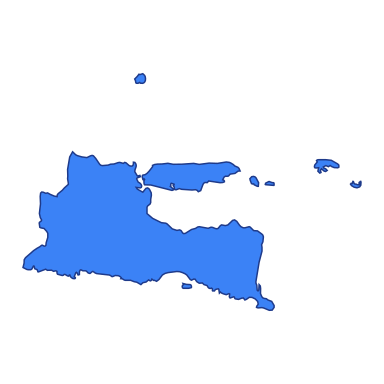 an SVG outline of Jawa Timur
{"feature_id": "IDN-1233", "entity_name": "Jawa Timur", "entity_type": "Province", "adm_level": 1, "iso_a3": "IDN", "parent_name": "Indonesia", "parent_adm1": "", "projection": "robinson", "projection_center": [113.217, -7.252], "detail": "fine", "context": "isolated", "style": "filled", "palette": "blue", "viewbox_px": 384, "rotation_deg": 0, "n_neighbors": 0, "source": "natural_earth", "source_scale": "10m", "svg_char_len": 6009}
<svg xmlns="http://www.w3.org/2000/svg" viewBox="0 0 384 384"><path d="M72.6,151.8L75.6,154.7L77.3,155.6L81.8,156.9L86.9,157.6L90.6,155.8L92.1,155.4L93.4,155.8L95.7,158.4L99.6,164.2L100.7,165.2L102.3,165.6L108.2,165.1L110.5,164.2L114.0,164.0L118.2,162.6L119.8,162.4L123.3,163.4L124.7,162.4L126.0,162.8L129.2,165.6L130.7,166.1L132.0,166.1L133.0,165.3L133.4,163.7L133.4,162.2L134.8,162.4L135.7,163.6L136.2,165.1L136.1,166.7L135.0,169.8L134.8,171.7L137.2,175.7L137.9,176.0L139.9,175.4L140.4,176.7L137.2,177.9L136.7,178.6L136.9,179.5L138.2,182.1L139.9,183.1L141.1,184.4L141.7,186.0L141.3,187.4L140.3,187.9L136.2,187.4L137.3,189.1L142.8,192.2L145.9,188.4L147.4,187.9L148.5,188.4L149.5,189.4L151.2,192.8L151.4,195.2L150.7,199.4L150.7,202.5L150.1,204.0L147.6,206.0L147.0,207.3L147.0,213.6L152.7,218.4L161.4,222.7L165.8,223.2L167.1,223.9L172.3,228.9L176.9,230.4L179.7,229.9L181.1,230.6L182.7,233.0L183.7,233.6L185.3,233.4L191.5,229.5L195.5,228.4L197.7,227.0L199.3,226.7L208.2,228.3L211.0,227.2L212.6,227.4L215.3,228.5L216.9,228.8L218.1,228.4L220.4,225.6L221.6,224.9L225.3,225.6L227.8,225.0L232.6,220.4L234.6,219.9L236.8,221.4L239.5,225.2L241.1,226.8L243.3,227.8L244.9,227.8L249.2,226.7L250.2,227.1L253.7,230.6L257.5,230.9L261.9,234.1L262.9,235.2L263.4,236.9L262.9,241.8L261.6,244.7L262.0,247.4L262.0,251.1L259.1,262.2L255.9,281.7L256.0,283.3L256.8,285.1L257.2,290.2L258.0,290.9L258.8,290.0L259.1,284.6L260.3,286.0L260.6,288.5L260.5,293.6L261.8,296.7L262.9,297.9L264.1,298.4L266.3,298.7L268.0,300.0L271.7,301.4L274.1,305.5L274.1,307.4L272.2,310.1L269.3,310.3L263.4,307.9L261.8,307.6L258.0,307.9L256.5,307.4L256.7,306.3L258.2,304.2L257.7,301.5L255.3,299.0L252.1,297.4L249.3,297.3L246.5,299.3L244.9,300.0L243.4,298.0L241.6,298.2L238.6,299.4L235.5,298.9L234.9,298.6L234.3,297.1L233.7,296.8L230.1,298.0L229.3,296.8L229.7,294.0L229.0,293.6L226.2,294.7L223.3,293.8L221.5,293.0L220.4,292.0L219.4,293.1L218.8,289.3L218.3,288.8L216.0,289.3L215.1,289.9L214.5,290.9L212.6,290.9L212.4,290.6L212.4,288.8L211.5,288.1L210.3,288.5L209.2,288.3L208.2,287.5L207.0,285.5L204.0,284.6L202.4,283.0L199.2,283.2L196.7,281.6L195.1,279.2L193.7,279.1L191.5,280.2L190.2,279.5L186.9,275.1L185.3,273.9L182.5,272.6L179.7,271.7L176.8,271.5L168.1,272.6L165.1,273.4L162.4,275.0L159.0,279.5L156.6,281.3L154.4,280.3L153.5,280.4L151.9,279.1L151.4,280.2L150.9,280.7L150.2,280.9L148.6,279.9L146.1,282.0L142.9,282.7L140.9,284.6L136.8,282.2L134.2,281.7L130.6,280.3L125.2,280.3L124.2,280.0L122.3,278.8L120.8,278.7L121.3,277.7L120.0,276.5L118.4,275.7L115.2,275.5L112.6,276.6L111.7,276.5L110.5,275.5L109.3,275.0L96.7,273.6L95.2,273.0L93.1,271.5L92.4,271.5L90.1,273.4L89.5,273.4L88.1,272.9L86.5,271.2L85.5,270.8L82.9,270.8L80.9,269.8L80.1,270.2L79.4,271.8L79.4,274.6L78.1,275.0L77.0,272.8L76.4,272.3L75.8,272.7L74.2,276.8L75.2,277.4L75.4,277.9L75.1,278.5L74.3,278.7L72.8,278.5L71.5,277.7L70.4,276.6L69.9,275.0L69.4,275.0L68.6,276.1L67.5,275.9L65.2,274.5L64.2,274.4L63.2,275.3L62.2,275.5L57.5,274.2L57.0,273.0L57.0,271.4L55.8,270.8L53.5,271.3L51.6,270.2L47.3,270.3L45.7,269.2L38.5,271.9L37.9,271.8L37.4,270.2L37.0,269.6L34.7,268.7L34.3,266.7L33.9,266.0L33.4,266.1L31.8,269.1L30.8,269.7L28.0,269.7L26.7,269.4L23.0,267.5L24.1,263.1L24.2,259.8L25.5,257.7L33.6,250.6L37.0,248.3L39.9,246.7L41.6,245.3L42.4,245.2L44.1,246.1L44.8,246.2L45.5,245.7L45.9,245.3L46.2,242.6L47.8,237.4L47.8,233.3L46.7,231.4L44.1,228.5L41.0,227.9L39.8,227.3L39.2,223.0L39.5,222.3L41.3,220.9L41.6,220.0L40.3,217.6L39.4,213.5L40.5,203.9L40.2,196.4L40.6,193.1L41.8,192.0L43.5,192.3L45.7,193.3L47.6,192.9L50.1,194.3L54.3,196.1L57.1,196.6L57.2,195.1L58.1,193.7L62.3,190.3L64.4,187.9L68.3,184.4L68.3,183.0L67.6,178.8L67.8,176.1L67.6,169.4L69.7,157.0L72.6,151.8ZM234.7,165.9L237.9,167.3L239.0,168.4L240.1,171.0L238.1,171.1L235.0,173.4L230.2,174.1L228.5,176.0L227.1,176.3L225.4,176.2L224.1,177.1L222.7,179.8L223.8,180.2L224.4,181.0L224.4,181.8L222.8,182.5L220.1,182.7L208.7,181.0L207.3,182.6L204.9,182.5L203.8,183.2L203.0,184.4L200.7,190.6L198.3,191.7L197.1,190.3L195.5,189.7L192.1,190.0L181.6,189.3L179.3,188.6L176.0,189.8L174.6,189.5L174.1,186.8L173.3,185.8L173.2,185.3L174.1,184.8L174.1,184.2L171.6,183.3L171.1,183.4L170.7,184.2L170.8,185.8L170.3,186.3L173.4,189.1L173.2,190.0L172.0,190.4L150.8,185.0L144.6,184.8L144.1,183.9L143.9,181.6L144.1,180.5L144.6,179.4L144.1,178.9L143.5,180.0L142.9,179.6L142.3,177.0L142.4,175.5L142.8,175.1L145.1,174.7L147.1,173.3L149.1,171.2L152.6,166.7L152.5,165.4L154.6,164.5L157.5,164.1L162.0,164.0L167.9,163.3L173.2,164.3L181.9,164.2L193.7,163.4L199.2,164.4L209.1,163.1L217.4,163.4L226.3,162.0L229.4,162.4L230.8,163.0L233.4,164.6L234.7,165.9ZM338.8,165.1L338.9,167.1L337.8,167.8L334.2,167.6L331.7,166.6L330.1,165.5L328.4,166.7L325.9,165.6L323.3,166.9L323.6,167.9L325.7,168.8L327.2,170.4L325.6,171.5L324.1,171.1L321.5,168.8L320.4,170.3L321.0,172.5L319.8,173.1L317.9,171.2L318.6,167.7L316.1,168.0L314.9,167.8L314.4,166.9L314.7,165.1L317.3,161.9L316.5,160.6L317.2,159.9L318.6,159.7L325.7,159.7L331.3,160.3L337.6,163.9L338.8,165.1ZM142.8,73.7L144.6,75.4L145.2,76.6L145.5,78.5L145.4,80.3L144.9,81.7L144.0,82.7L142.8,83.3L140.3,83.2L139.7,82.4L138.0,83.3L136.2,83.2L135.7,82.3L135.5,80.8L134.7,79.0L137.1,76.6L139.0,74.2L139.8,74.6L142.8,73.7ZM256.0,177.8L258.6,182.7L258.3,186.3L257.3,186.3L254.2,184.8L253.7,183.9L252.5,184.0L251.5,183.6L250.2,180.3L249.9,178.7L251.7,176.7L253.5,176.4L254.9,176.8L256.0,177.8ZM360.6,180.8L361.0,182.2L360.8,185.2L359.6,186.9L357.0,187.8L354.1,187.2L351.5,185.6L350.5,184.1L351.2,183.3L352.3,183.5L352.9,181.4L353.4,181.5L354.0,183.2L354.9,184.1L356.0,184.1L357.3,184.7L359.9,184.8L360.1,184.4L359.5,184.4L359.0,183.1L359.2,182.4L359.7,182.0L360.1,182.1L360.3,182.5L360.6,180.8ZM190.2,284.6L191.0,285.1L191.4,286.1L191.5,287.2L191.2,287.7L188.6,288.3L183.2,288.3L182.5,287.8L182.2,286.6L182.5,285.4L183.5,284.6L183.0,283.5L186.5,284.4L190.2,284.6ZM272.1,182.6L273.5,182.7L274.0,183.1L274.1,185.1L273.8,185.4L265.7,184.7L265.3,184.5L265.6,183.2L268.5,181.7L269.1,181.5L272.1,182.6Z" fill="#3b82f6" stroke="#1e3a8a" stroke-width="1.5"/></svg>